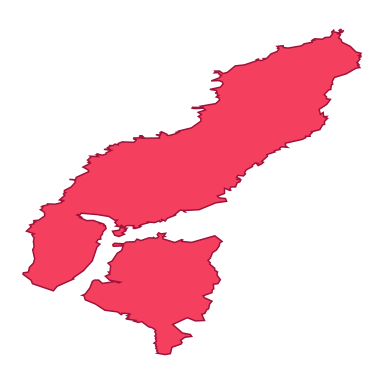 Andøy nor, Nordland, Norway
{"feature_id": "86288312B3163335119560", "entity_name": "Andøy nor", "entity_type": "district", "adm_level": 2, "iso_a3": "NOR", "parent_name": "Norway", "parent_adm1": "Nordland", "projection": "natural_earth1", "projection_center": [15.765, 69.044], "detail": "fine", "context": "isolated", "style": "filled", "palette": "rose", "viewbox_px": 384, "rotation_deg": 0, "n_neighbors": 0, "source": "geoboundaries", "source_scale": "gbopen_adm2", "svg_char_len": 5939}
<svg xmlns="http://www.w3.org/2000/svg" viewBox="0 0 384 384"><path d="M341.7,29.4L340.1,29.5L339.2,30.7L340.0,32.4L338.7,32.9L332.8,31.6L334.3,29.6L331.7,32.0L332.5,33.9L329.9,37.2L324.9,37.5L322.6,39.2L314.6,38.8L313.0,39.7L314.2,40.2L311.6,40.9L312.2,42.3L304.1,43.8L301.6,45.8L288.1,48.1L283.5,47.5L283.1,45.7L277.2,46.4L278.3,47.2L277.5,48.2L278.9,48.8L277.1,51.5L271.0,53.9L266.5,58.5L263.8,58.6L264.7,59.2L261.7,60.5L256.3,60.0L259.1,59.0L258.3,59.0L256.1,59.8L256.1,61.0L244.3,64.9L235.2,65.9L227.2,72.5L223.0,73.5L219.5,71.0L214.9,71.1L215.5,71.7L214.4,72.8L218.4,72.7L219.3,74.6L221.5,75.3L218.9,78.0L211.2,80.9L218.6,80.6L222.1,81.7L223.1,83.9L220.3,87.2L209.9,89.4L216.5,90.5L217.0,92.3L215.1,93.1L216.7,93.2L217.9,95.0L216.8,95.2L218.6,95.5L216.3,97.0L219.0,97.9L219.5,100.1L215.7,103.6L200.7,106.2L203.4,107.6L192.5,107.3L192.1,108.2L195.5,108.6L203.4,108.2L205.4,110.0L198.2,112.3L201.5,114.6L198.3,116.5L200.9,118.3L200.9,121.1L191.4,127.9L178.8,131.0L179.4,131.6L175.4,132.5L177.8,132.6L176.0,133.6L169.7,135.4L167.1,135.4L167.0,134.3L161.4,131.7L160.2,132.7L161.4,133.1L160.6,134.3L159.4,134.3L160.8,134.9L155.8,134.7L159.9,135.8L158.7,137.8L160.2,138.0L142.2,138.2L141.4,136.8L143.1,136.7L142.2,135.8L139.4,135.7L141.6,135.8L139.8,136.3L141.3,137.8L133.0,138.0L135.8,138.5L133.4,138.9L136.3,139.9L134.2,142.3L122.2,141.9L118.2,143.5L118.3,144.9L115.0,144.1L112.8,145.6L109.0,145.5L110.2,146.2L107.6,147.6L109.2,148.8L103.9,149.4L111.4,150.3L106.1,152.9L106.0,154.1L102.2,155.2L97.4,153.9L97.8,154.8L96.4,154.9L98.2,156.5L90.2,156.2L91.0,156.9L87.5,160.1L89.8,161.8L88.3,162.4L90.2,163.3L83.0,167.1L87.9,169.7L88.8,171.6L76.2,177.4L75.5,179.9L72.3,179.5L69.3,179.4L74.5,180.0L75.4,182.2L71.1,187.0L64.4,190.5L64.3,192.7L65.3,192.8L63.5,194.0L64.7,195.5L59.5,199.9L64.5,200.7L61.8,201.1L62.5,201.5L60.8,202.8L55.0,204.2L47.5,203.9L47.7,204.8L42.5,206.1L41.5,206.8L42.7,207.3L42.0,208.9L40.4,209.7L44.3,212.2L44.8,215.8L38.6,220.2L34.2,220.6L35.5,221.8L33.7,222.0L33.9,223.7L29.8,225.0L31.3,226.7L26.5,231.1L34.0,233.8L31.9,234.7L34.1,238.1L33.4,241.6L34.1,246.8L32.7,249.9L34.7,258.7L33.4,263.2L29.4,267.4L28.4,272.1L23.3,272.8L23.0,274.3L31.1,280.2L32.5,283.7L53.4,290.8L57.1,286.3L73.3,279.1L72.5,278.9L73.6,277.5L83.3,270.8L92.3,260.8L96.9,247.2L99.9,244.1L96.2,242.3L98.1,239.5L100.8,239.1L100.5,236.4L102.4,234.3L102.8,231.8L106.1,228.7L105.3,225.6L103.8,225.7L104.1,224.4L102.4,223.5L98.7,223.6L100.6,223.0L93.1,220.4L86.8,220.6L80.1,217.8L81.5,217.2L76.9,215.0L77.7,214.5L80.1,214.8L81.1,213.2L97.6,214.6L109.0,216.5L114.9,220.3L117.1,220.1L114.8,222.4L117.6,225.1L115.9,226.1L119.6,226.7L121.4,225.2L122.4,226.1L121.2,226.9L122.0,227.3L120.3,227.8L119.1,230.2L112.5,231.2L114.7,235.2L119.0,236.5L124.4,234.2L122.0,232.9L125.6,230.9L126.2,229.9L124.9,229.6L126.9,228.2L122.8,227.7L126.8,225.6L133.8,225.6L133.2,226.7L134.8,227.6L132.8,228.4L135.0,228.5L139.6,227.3L141.0,226.3L139.2,225.8L141.0,224.7L148.9,222.6L146.6,221.9L154.7,222.6L159.3,220.8L160.1,221.9L162.3,220.6L161.2,219.0L165.1,221.1L167.3,218.3L176.2,214.8L174.6,214.7L180.2,210.1L182.6,210.3L184.3,211.8L185.1,211.9L183.6,210.5L199.1,209.7L215.8,202.8L226.6,201.3L225.5,198.5L219.6,198.0L217.4,196.1L224.5,193.5L224.5,188.2L230.0,190.5L230.7,190.1L229.4,189.3L231.1,186.9L235.6,186.9L237.1,182.9L239.9,181.8L240.8,179.9L237.6,179.4L239.4,178.4L236.6,177.5L237.8,175.4L243.6,175.9L245.4,173.9L244.5,172.9L246.2,169.9L252.5,166.5L252.2,165.4L255.5,162.9L257.9,163.4L256.9,164.0L258.2,165.6L261.9,163.7L263.4,162.3L261.6,161.5L267.5,156.2L266.8,154.6L274.9,151.9L274.2,151.2L275.0,150.5L280.0,149.5L279.4,148.4L281.6,146.8L287.5,147.3L285.7,146.0L285.4,143.2L302.2,139.4L305.8,137.6L305.5,136.3L310.1,136.3L309.8,134.8L312.1,132.6L311.5,131.8L319.9,129.6L322.6,124.9L324.6,124.3L324.4,121.5L327.5,118.4L325.7,117.7L326.9,116.5L323.6,116.6L323.2,112.5L320.4,114.3L319.1,109.4L326.7,104.4L330.4,99.4L326.4,98.7L326.5,96.8L324.2,94.7L328.6,90.0L330.8,89.5L331.3,85.0L332.7,84.2L332.2,81.5L334.3,77.5L346.3,73.8L356.1,68.1L359.8,67.6L358.5,66.1L359.1,65.0L357.6,65.1L358.2,63.4L356.8,62.6L359.9,59.4L359.2,57.7L360.8,56.8L358.7,55.6L360.7,55.2L360.1,54.3L361.0,53.3L356.0,52.0L350.2,46.3L341.9,42.2L341.0,39.5L338.6,37.9L340.4,34.7L338.2,33.9L342.1,32.3L343.8,30.4L340.3,32.1L341.0,30.2L340.1,30.0L341.7,29.4ZM214.8,235.8L191.6,242.4L181.6,241.4L182.6,239.9L181.8,239.6L174.8,242.5L163.1,238.9L162.4,236.7L164.6,236.7L163.6,236.4L164.8,236.4L163.9,235.8L165.6,233.3L161.0,233.9L158.6,232.8L157.2,234.7L158.8,236.4L157.4,237.9L155.0,238.4L152.9,237.0L154.1,238.0L148.7,237.9L141.0,240.6L137.0,239.1L134.8,241.7L126.1,242.1L123.8,243.8L114.5,243.3L112.8,244.7L113.3,246.2L122.8,245.9L121.0,245.1L122.7,245.2L123.3,245.5L121.6,250.5L117.3,253.2L112.1,261.0L108.0,263.1L110.7,265.8L109.9,272.2L108.5,272.1L110.0,274.1L105.4,276.2L109.7,280.2L120.4,282.2L118.8,282.9L115.2,281.5L102.3,283.4L98.7,280.1L94.4,280.1L92.4,281.4L89.9,287.9L85.3,294.0L82.4,295.3L84.0,295.6L85.2,299.8L95.4,304.0L104.8,310.2L117.6,311.9L121.2,314.7L122.3,313.8L121.3,313.2L129.0,313.6L130.1,314.3L127.0,315.6L129.0,316.5L126.6,318.3L128.4,318.8L127.6,319.2L135.6,320.4L134.1,321.1L138.2,322.4L141.7,321.6L148.7,326.8L152.4,327.8L155.8,330.3L154.8,331.7L156.2,334.3L154.9,336.0L156.4,337.8L155.4,338.5L156.4,341.2L154.0,343.2L156.1,344.1L155.6,346.0L156.7,346.6L155.8,348.3L157.4,350.0L156.7,351.0L158.0,352.8L157.2,353.2L165.2,354.6L170.4,353.6L171.9,347.3L181.1,344.0L182.1,342.5L180.6,340.3L184.8,337.3L191.7,336.4L190.4,334.5L182.4,333.0L172.7,324.5L187.3,317.7L195.4,320.9L204.5,320.5L201.8,314.4L204.9,313.3L206.6,309.9L208.6,308.8L209.6,304.0L212.0,301.2L204.7,297.9L203.1,295.8L212.0,292.6L212.1,290.2L213.8,288.7L213.3,284.3L217.9,283.6L220.4,279.7L216.9,275.0L217.5,271.8L214.8,270.3L214.7,268.2L209.6,264.0L210.3,262.9L208.0,260.4L210.4,258.0L212.5,252.6L216.4,250.0L219.3,245.8L219.6,243.2L222.1,241.4L214.8,235.8Z" fill="#f43f5e" stroke="#9f1239" stroke-width="1.5"/></svg>